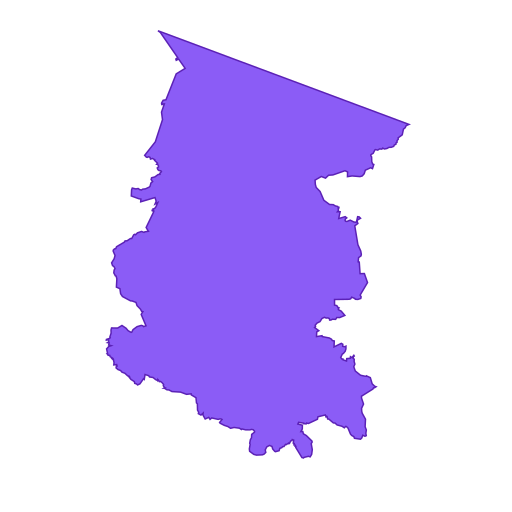 Huichapan, Hidalgo, Mexico (Natural Earth projection), rotated 105°
{"feature_id": "50627088B28469606214618", "entity_name": "Huichapan", "entity_type": "district", "adm_level": 2, "iso_a3": "MEX", "parent_name": "Mexico", "parent_adm1": "Hidalgo", "projection": "natural_earth1", "projection_center": [-99.627, 20.39], "detail": "fine", "context": "isolated", "style": "filled", "palette": "violet", "viewbox_px": 512, "rotation_deg": 105, "n_neighbors": 0, "source": "geoboundaries", "source_scale": "gbopen_adm2", "svg_char_len": 6160}
<svg xmlns="http://www.w3.org/2000/svg" viewBox="0 0 512 512"><g transform="rotate(105 256 256)"><path d="M433.2,150.9L428.5,151.5L422.9,154.1L421.3,153.6L420.3,154.0L416.4,160.9L415.5,164.2L413.4,165.4L414.0,167.2L411.1,166.5L407.4,167.4L407.5,172.1L405.6,171.8L405.1,166.5L405.6,166.4L405.2,164.1L404.3,164.0L404.2,162.0L397.8,154.4L395.3,154.6L391.6,147.9L393.3,146.7L392.0,145.7L392.5,145.9L394.9,144.6L394.7,143.4L397.2,138.1L396.9,136.4L398.2,134.0L398.2,128.9L399.1,126.2L397.4,125.3L397.3,124.6L398.4,122.6L403.5,118.7L404.6,117.1L405.1,114.8L406.6,113.7L405.9,107.6L404.3,106.7L401.5,106.5L401.9,104.1L401.0,103.0L398.9,104.0L395.5,104.4L392.7,106.4L385.3,108.0L380.4,112.7L378.6,113.7L375.8,114.6L371.2,113.8L365.9,117.3L364.1,117.8L354.2,108.6L352.9,108.4L352.6,107.4L351.2,106.2L351.1,107.6L349.4,110.7L343.9,114.1L343.2,118.2L343.6,118.2L343.9,119.6L344.1,124.2L341.4,130.3L337.7,132.9L334.8,132.5L332.5,133.9L330.3,134.4L329.5,135.7L328.4,135.9L327.2,135.2L326.6,135.8L329.3,137.0L328.8,138.7L330.4,138.5L331.6,141.8L334.0,141.4L333.8,145.0L333.0,145.3L333.2,146.4L332.1,147.9L328.2,147.2L327.6,146.4L325.0,145.2L322.5,145.1L319.8,145.8L320.7,146.9L320.8,148.9L318.8,149.3L318.3,151.0L323.6,157.1L317.8,158.4L317.9,160.4L316.8,161.6L316.2,164.0L316.7,171.2L315.9,171.6L318.2,176.7L313.6,177.7L311.9,176.0L309.9,180.9L308.8,180.2L307.5,180.9L305.0,179.7L302.8,177.2L299.3,176.1L297.5,174.0L297.8,172.2L297.2,170.6L297.4,169.0L298.8,168.3L298.5,167.1L297.3,165.8L296.6,162.7L294.5,162.0L293.8,159.2L290.4,154.8L287.2,159.4L286.5,162.5L285.8,162.9L284.6,162.4L284.4,163.6L283.0,165.1L283.1,167.4L277.7,168.9L273.7,154.9L272.9,153.5L271.0,152.9L271.5,149.4L272.1,148.9L271.6,146.4L269.9,143.8L268.2,143.9L266.8,145.3L252.8,141.4L244.9,146.8L246.1,150.9L235.1,154.7L235.2,155.8L231.0,156.5L228.7,154.6L227.1,154.7L224.1,156.1L218.7,160.5L201.3,168.4L198.2,166.0L196.7,167.1L195.1,167.4L192.5,164.8L191.5,166.5L191.7,168.0L197.0,167.8L197.6,168.4L197.8,170.3L197.0,174.3L199.1,177.1L199.3,178.3L198.8,179.1L197.2,179.3L195.7,178.2L194.9,180.0L198.4,185.8L191.5,186.2L192.2,188.8L190.6,188.1L189.1,188.9L188.1,188.3L187.4,188.6L187.6,189.4L187.0,190.0L187.1,192.3L186.4,194.7L187.2,198.3L184.6,204.9L177.1,210.8L174.2,215.6L171.5,217.2L167.4,218.6L162.3,213.5L162.8,209.0L159.2,206.8L157.8,202.7L150.6,192.1L151.1,189.3L155.7,188.2L153.8,183.9L152.4,176.1L151.2,174.1L148.6,172.8L144.8,172.6L141.1,168.1L141.5,166.1L137.1,165.9L137.0,167.1L134.9,168.6L130.3,170.0L129.4,171.1L128.3,171.2L126.5,169.4L122.7,168.6L122.3,168.2L122.2,165.8L120.6,164.4L120.2,162.1L119.0,161.5L119.4,159.7L118.3,157.4L116.6,155.6L116.0,153.5L114.5,151.4L112.9,151.1L111.9,149.8L110.5,150.0L109.7,149.2L108.0,149.6L106.4,148.8L105.1,149.3L101.1,146.1L95.3,146.4L93.5,145.1L91.2,144.7L89.3,142.3L63.8,409.0L64.8,406.3L84.6,383.0L86.5,384.4L87.6,383.7L85.8,381.7L93.1,373.0L100.7,380.2L128.4,383.4L129.6,386.0L132.8,386.8L134.1,386.2L133.9,385.6L133.2,385.3L132.8,383.9L141.5,384.5L148.5,381.6L160.2,382.2L171.8,382.8L187.6,389.6L188.9,387.5L188.9,386.6L187.9,385.4L188.2,383.8L189.7,383.0L188.6,381.2L189.2,378.7L189.8,378.8L191.8,375.2L193.1,375.7L192.9,374.8L194.0,373.7L195.2,373.2L196.5,374.2L198.0,373.1L198.6,371.7L198.3,370.0L199.0,369.2L201.1,370.3L202.0,369.9L202.6,371.6L205.8,374.2L207.4,377.1L209.3,377.1L210.9,375.1L212.7,376.4L216.2,376.4L217.0,376.9L219.7,380.1L220.8,382.8L221.9,383.7L222.0,385.4L221.3,387.3L222.3,389.4L222.4,393.1L224.3,393.3L230.3,392.0L231.0,384.2L230.8,381.9L233.5,381.4L225.7,368.7L228.9,366.6L232.0,367.0L229.8,364.7L234.4,365.4L236.3,366.2L237.3,367.7L238.0,367.2L238.7,368.2L239.2,367.9L239.1,366.3L240.6,366.4L256.9,369.5L260.0,366.3L261.4,369.6L262.2,370.3L261.9,372.9L264.3,376.5L266.6,377.8L266.4,378.7L267.2,379.6L271.3,380.6L271.6,381.8L274.7,384.5L275.3,386.4L276.6,386.7L283.1,393.1L285.2,393.4L285.8,394.6L287.3,395.4L288.3,395.2L292.0,392.3L295.3,392.3L300.0,393.7L302.4,392.1L303.0,390.4L304.7,388.9L306.2,389.4L309.1,389.0L311.6,386.7L311.6,385.9L314.1,384.5L322.2,382.8L322.8,379.0L327.5,377.0L329.7,374.5L331.8,365.6L331.5,364.0L331.9,359.9L334.7,358.1L337.2,353.9L339.0,352.2L339.0,350.9L342.1,351.8L351.9,344.2L353.3,346.3L352.7,347.3L352.7,348.8L355.0,352.6L358.9,355.7L361.7,356.3L362.1,356.9L361.2,360.3L359.4,362.8L357.8,367.5L361.4,371.0L362.9,376.9L365.0,376.9L368.0,376.0L372.1,376.2L372.5,375.7L373.4,376.0L375.3,378.9L376.0,378.8L375.0,376.8L377.2,376.0L378.1,376.9L378.0,375.3L380.1,375.3L380.1,372.7L381.5,374.8L384.4,376.3L389.0,373.9L389.1,374.4L390.2,373.1L389.8,371.6L391.0,370.8L391.9,367.8L392.3,367.4L392.6,368.2L393.3,366.8L395.8,365.5L398.0,365.2L396.9,362.5L398.2,361.7L398.4,362.4L400.3,362.2L401.4,359.9L401.7,357.1L402.9,355.4L403.2,352.3L404.9,349.1L405.3,347.8L404.9,347.6L405.6,346.7L406.0,347.0L407.6,344.8L408.8,341.0L410.4,340.2L410.5,338.3L411.2,337.0L409.5,335.0L403.7,332.9L404.1,332.0L399.2,332.5L399.4,328.6L400.4,327.6L400.0,324.0L401.4,320.9L401.7,319.1L401.0,319.0L401.8,318.5L401.1,318.2L402.4,316.8L401.9,315.8L402.5,314.2L404.0,312.0L405.3,312.0L406.8,310.2L407.4,310.7L407.0,309.5L407.6,309.7L408.3,307.4L407.9,305.4L408.7,302.1L407.0,293.7L407.6,287.3L405.9,283.0L406.9,282.6L408.4,277.3L413.3,275.5L413.9,274.4L420.0,272.6L421.8,270.9L423.2,270.9L423.9,268.0L421.4,266.4L423.3,266.1L426.6,262.9L424.1,259.9L425.7,258.1L423.9,256.9L423.6,250.2L422.6,248.6L422.5,247.1L422.7,246.5L426.2,248.1L426.8,247.4L427.8,242.8L428.0,239.0L429.0,236.0L427.3,232.8L426.6,227.4L427.4,225.2L426.7,224.8L426.6,221.1L425.5,216.8L424.7,215.6L424.5,213.7L425.7,212.0L426.6,211.9L429.4,214.0L432.8,213.3L434.8,213.9L438.5,213.6L439.5,212.9L444.1,212.5L446.3,211.6L448.2,206.8L448.2,204.0L446.4,198.4L445.4,197.0L443.2,195.7L440.9,196.9L437.6,196.2L435.5,194.0L435.8,191.3L438.1,189.9L439.8,187.4L440.0,186.6L438.1,183.3L435.6,183.2L434.5,181.5L433.3,181.0L432.8,179.7L430.3,178.7L430.4,178.0L428.3,176.1L428.8,175.8L428.5,175.2L425.6,174.6L425.0,173.6L423.9,173.5L424.1,171.9L427.1,171.6L427.2,170.5L428.6,170.5L428.6,169.1L429.7,169.0L429.6,168.2L430.6,168.1L438.8,159.5L438.8,157.8L438.1,157.5L435.9,153.5L436.0,151.7L433.2,150.9Z" fill="#8b5cf6" stroke="#5b21b6" stroke-width="1.5"/></g></svg>